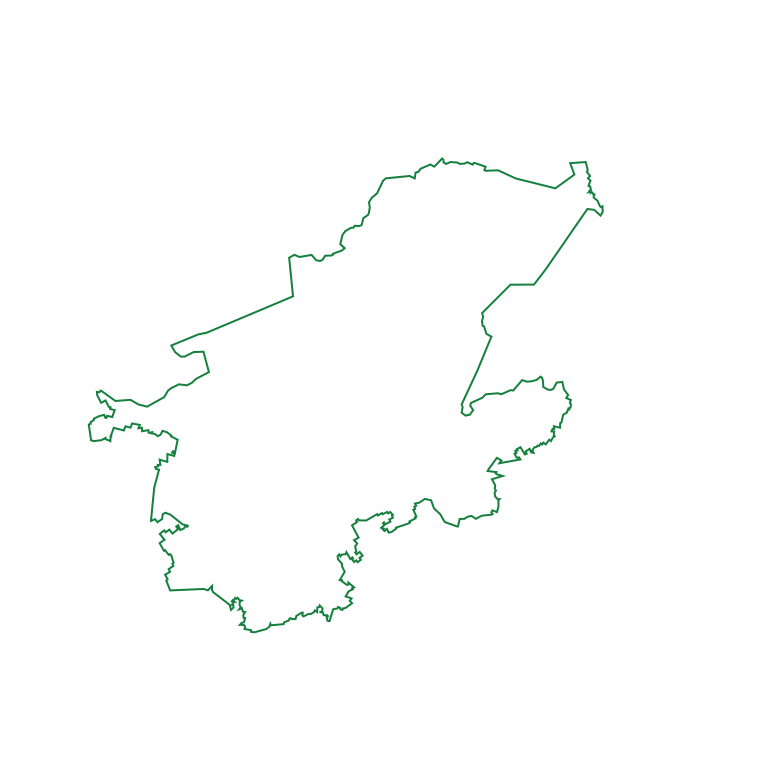 outline of Ixhuatlán de Madero, Veracruz, Mexico, rotated 232°
{"feature_id": "50627088B61499871451932", "entity_name": "Ixhuatlán de Madero", "entity_type": "district", "adm_level": 2, "iso_a3": "MEX", "parent_name": "Mexico", "parent_adm1": "Veracruz", "projection": "natural_earth1", "projection_center": [-98.023, 20.705], "detail": "fine", "context": "isolated", "style": "outline", "palette": "green", "viewbox_px": 768, "rotation_deg": 232, "n_neighbors": 0, "source": "geoboundaries", "source_scale": "gbopen_adm2", "svg_char_len": 6161}
<svg xmlns="http://www.w3.org/2000/svg" viewBox="0 0 768 768"><g transform="rotate(232 384 384)"><path d="M427.2,676.3L434.7,679.6L443.4,666.7L431.8,662.9L432.7,639.5L464.8,614.4L482.1,605.5L489.5,595.3L490.8,594.8L492.7,597.8L502.1,591.7L502.9,590.8L502.3,588.9L507.5,586.2L508.1,583.1L510.8,579.2L513.3,578.2L518.0,573.0L519.2,568.4L522.0,567.4L524.0,568.9L525.9,568.6L524.3,557.5L528.4,555.7L531.1,545.4L530.0,541.5L531.2,539.1L527.1,534.8L532.2,532.2L544.9,512.1L544.7,508.4L538.5,495.9L538.3,489.0L536.5,484.1L531.9,481.5L528.0,477.3L527.1,475.5L527.4,469.9L523.0,464.2L523.7,461.6L526.7,458.4L526.0,456.1L527.4,454.2L528.3,447.8L527.0,443.0L521.1,435.6L515.2,436.7L515.2,432.5L518.1,424.0L517.3,423.6L517.7,421.5L521.3,416.7L519.7,411.9L520.1,409.7L523.1,406.8L530.3,406.4L536.1,395.6L541.0,392.9L541.9,387.0L509.1,366.3L533.7,275.5L537.4,268.3L545.3,240.1L537.7,239.0L530.7,240.8L528.4,243.6L526.3,253.8L520.6,261.6L501.2,253.4L503.8,238.9L503.2,233.4L504.3,227.9L510.0,222.2L511.8,213.5L511.7,209.6L509.0,202.7L512.0,183.4L519.0,177.9L527.6,174.5L536.0,161.9L552.4,157.1L553.3,156.6L552.7,154.6L554.5,152.9L551.7,151.1L543.3,149.5L542.5,154.4L535.5,153.1L534.1,154.2L533.0,152.8L529.2,155.7L525.3,149.5L529.4,146.3L528.2,144.4L528.9,143.6L532.0,144.5L534.1,139.6L535.3,133.9L534.3,133.3L534.5,129.2L533.2,128.4L533.8,126.4L520.0,118.5L517.6,120.3L513.7,126.7L513.0,131.2L512.3,130.5L507.4,133.2L510.8,136.1L510.1,137.4L511.2,136.6L515.8,144.1L507.5,150.4L509.8,154.2L505.7,157.4L508.0,161.2L502.1,166.4L500.3,163.3L498.7,166.3L495.7,164.3L492.7,169.9L490.4,168.5L488.8,171.5L488.2,170.4L486.2,172.4L482.1,173.7L481.6,176.9L483.5,180.6L479.5,183.3L474.4,184.7L473.9,183.9L467.1,187.1L459.1,177.7L461.0,176.3L460.3,174.7L458.0,176.4L456.5,174.4L462.1,170.2L456.1,165.3L462.5,160.6L458.0,158.0L459.5,156.0L458.2,155.3L459.4,152.5L457.4,152.0L455.0,154.0L443.8,139.1L419.6,116.1L418.4,120.4L414.6,120.4L414.2,125.8L417.6,129.6L417.1,132.5L412.6,135.2L397.6,138.8L393.1,142.1L392.6,141.0L394.3,139.8L393.4,137.5L394.2,133.6L399.5,134.8L399.5,132.5L396.4,132.5L396.4,125.2L401.4,125.2L401.5,120.7L404.0,120.7L403.9,115.0L396.4,115.1L396.7,109.2L388.0,107.9L388.0,109.1L381.8,109.2L381.8,110.5L380.2,111.0L372.6,108.1L372.7,106.6L370.3,106.0L370.7,100.3L367.7,99.8L368.5,94.1L363.4,93.3L363.1,91.4L353.0,88.4L333.5,115.7L329.8,118.2L330.7,124.2L327.6,121.6L325.1,121.2L305.2,126.4L300.2,124.4L300.6,127.9L302.8,129.2L303.5,128.2L304.7,130.1L304.1,132.0L306.5,130.4L306.8,132.0L305.9,132.5L307.1,135.0L305.6,135.5L305.7,137.0L302.5,137.1L301.0,138.4L301.3,136.4L298.8,134.1L296.3,133.7L295.6,131.2L294.7,134.0L291.6,132.6L289.8,134.2L288.5,130.8L286.2,129.4L285.0,130.5L282.4,126.8L283.4,124.7L282.9,122.1L280.3,125.3L278.2,125.1L276.8,123.3L271.8,127.7L270.6,126.6L268.1,129.0L263.4,140.3L263.3,144.3L265.1,146.9L263.4,146.5L256.6,157.0L257.7,158.7L256.2,163.7L257.3,164.9L257.0,166.3L255.2,166.8L253.3,169.7L255.2,172.1L254.6,178.1L253.8,179.2L251.8,177.1L250.4,177.5L249.3,182.7L247.9,184.6L247.3,188.1L248.1,190.2L245.5,190.9L249.0,194.0L248.2,195.6L249.1,197.0L245.0,197.4L243.0,195.3L243.8,192.6L241.9,195.3L239.0,194.1L237.0,196.6L236.3,195.7L235.5,196.7L234.3,194.5L232.1,193.7L230.7,195.1L237.8,205.3L235.8,209.2L236.5,210.6L234.6,211.6L233.1,210.9L231.6,212.3L232.5,213.4L231.2,215.7L230.9,223.9L234.2,223.5L235.0,226.4L240.2,223.0L242.4,228.5L241.5,233.2L242.7,233.2L242.2,235.2L249.5,233.7L247.9,232.4L248.7,231.0L254.8,229.3L255.3,230.0L256.8,228.5L260.2,237.4L266.2,238.7L268.2,240.2L274.5,239.9L277.0,241.6L277.3,243.8L275.0,243.5L275.7,245.4L273.6,248.9L274.6,250.9L266.9,249.7L266.8,252.4L265.5,252.2L265.7,250.9L262.1,250.9L262.1,253.6L259.8,253.5L259.7,257.5L262.0,257.6L261.9,261.4L266.6,261.5L266.7,257.5L269.0,257.6L269.0,259.0L273.7,261.2L274.9,264.7L279.3,264.3L278.6,269.4L292.3,271.8L291.8,277.8L293.7,278.0L293.7,280.4L291.9,280.4L287.4,285.9L285.7,298.5L284.1,298.3L283.6,303.0L282.2,302.8L281.2,307.8L279.6,307.6L279.3,310.1L275.4,310.4L275.6,309.4L273.2,308.6L274.0,304.8L271.6,304.3L272.8,298.2L275.0,298.8L275.0,297.6L272.7,297.4L272.4,293.3L270.2,294.8L270.1,293.6L267.8,293.9L268.0,297.1L264.0,296.2L262.7,298.9L262.6,304.7L263.4,305.0L259.1,317.2L258.8,319.1L260.0,319.4L258.7,326.2L260.0,326.6L259.7,327.9L266.8,329.7L266.4,331.7L268.6,332.4L268.2,334.4L270.7,334.8L268.8,338.7L268.3,345.5L263.4,349.5L255.1,346.8L246.7,348.1L237.9,346.9L227.1,353.6L226.2,354.5L231.0,360.5L228.2,364.5L228.0,368.0L226.2,371.7L221.2,373.4L220.0,380.0L214.8,388.3L214.7,389.5L216.7,389.6L217.7,391.5L213.5,394.2L217.3,399.1L221.9,402.5L222.2,404.1L223.3,402.6L227.1,402.4L230.3,404.2L231.1,406.6L233.3,406.8L235.7,409.3L242.5,410.4L238.5,420.9L243.4,417.3L244.8,416.9L245.4,418.3L251.6,412.1L252.6,414.5L256.3,427.5L251.4,429.4L250.5,426.2L240.6,445.0L243.1,445.2L244.0,443.3L248.7,443.9L248.2,445.9L250.4,446.2L249.4,448.3L250.9,448.5L250.2,452.6L241.9,451.6L241.2,453.5L243.6,454.0L243.3,458.8L239.4,457.9L237.7,459.5L240.4,460.1L241.5,463.6L240.5,465.4L240.9,467.2L239.7,468.1L240.6,471.0L238.9,471.4L239.7,473.5L236.8,474.3L238.4,479.9L236.2,480.4L237.9,484.2L237.7,486.3L239.0,486.1L241.8,488.9L243.5,486.8L244.1,487.4L244.8,489.3L243.8,490.4L246.1,491.9L241.2,495.8L244.8,498.9L244.4,500.1L249.4,506.2L248.9,510.4L250.6,513.2L249.9,514.1L251.2,514.5L250.5,516.3L252.9,518.9L254.8,518.9L256.3,521.4L260.8,519.0L261.9,522.3L269.0,522.5L275.8,525.8L278.8,520.9L275.9,514.4L276.6,511.9L278.9,509.5L283.6,507.7L288.4,511.1L291.7,512.4L293.4,511.9L293.3,506.6L295.7,501.2L298.1,497.8L302.0,495.3L299.3,481.8L301.2,480.0L303.7,470.2L306.7,467.9L313.3,457.7L312.6,453.1L315.5,441.0L313.8,438.5L308.5,438.2L307.0,432.7L308.9,428.8L313.5,427.5L317.3,431.7L320.1,432.6L336.9,465.5L355.2,497.8L360.4,495.6L367.9,498.3L369.1,497.5L373.2,499.9L375.8,503.4L379.5,505.0L384.4,544.8L370.0,563.4L374.9,582.4L396.7,652.0L391.8,656.9L383.4,658.3L385.0,662.4L389.5,665.5L389.7,663.9L391.1,663.6L397.2,665.1L401.7,664.0L403.9,665.6L403.3,667.3L404.4,665.8L406.8,666.0L407.3,664.4L408.5,665.6L409.2,663.6L410.3,667.0L412.7,668.1L414.2,667.1L417.2,671.9L420.6,671.4L421.0,674.4L426.3,674.5L427.2,676.3Z" fill="none" stroke="#15803d" stroke-width="2"/></g></svg>